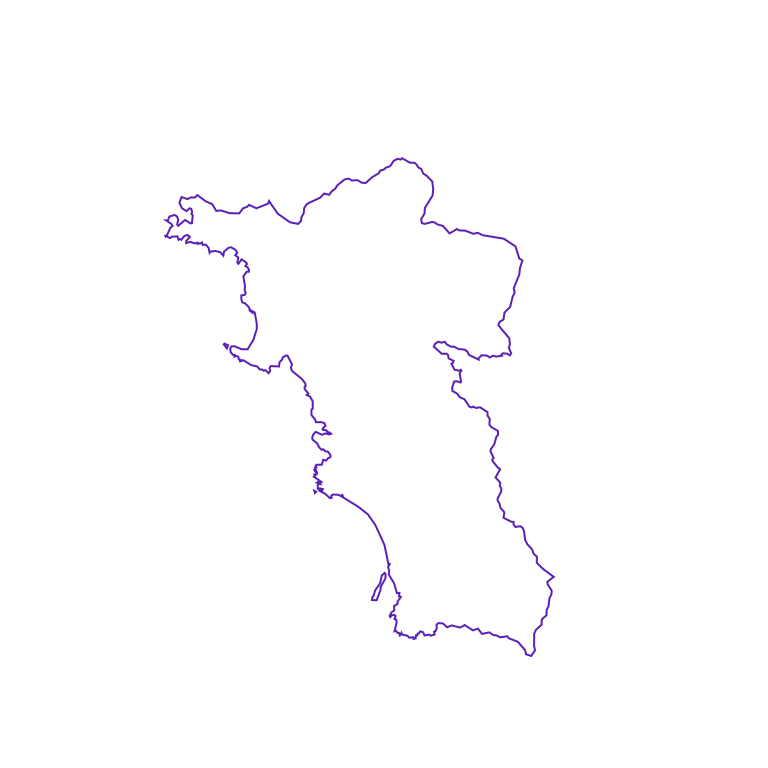 the district of Bolaang Mongondow Timur, Sulawesi Utara, Indonesia, rotated 123°
{"feature_id": "22746128B26195600949416", "entity_name": "Bolaang Mongondow Timur", "entity_type": "district", "adm_level": 2, "iso_a3": "IDN", "parent_name": "Indonesia", "parent_adm1": "Sulawesi Utara", "projection": "albers", "projection_center": [124.549, 0.712], "detail": "fine", "context": "isolated", "style": "outline", "palette": "violet", "viewbox_px": 768, "rotation_deg": 123, "n_neighbors": 0, "source": "geoboundaries", "source_scale": "gbopen_adm2", "svg_char_len": 6171}
<svg xmlns="http://www.w3.org/2000/svg" viewBox="0 0 768 768"><g transform="rotate(123 384 384)"><path d="M205.0,335.2L205.1,338.8L197.0,348.7L196.9,362.6L205.4,382.2L206.2,387.9L209.3,390.7L211.2,399.5L214.1,404.4L214.4,407.3L222.0,411.0L219.3,420.6L221.1,426.2L220.9,429.4L221.9,431.9L227.5,437.0L228.4,439.8L225.7,442.6L218.9,442.9L214.1,445.6L199.5,445.9L194.0,448.7L187.9,453.8L186.1,461.5L186.1,465.8L183.3,469.9L183.7,472.8L182.0,476.9L181.9,479.0L184.3,482.7L184.8,491.8L186.6,492.1L187.7,495.1L191.4,497.4L197.9,497.5L201.7,500.3L204.6,501.1L207.0,503.4L210.0,503.2L217.2,506.6L225.5,508.9L227.3,512.3L227.4,517.1L230.9,521.9L231.0,525.6L234.0,528.5L242.6,531.3L247.0,531.3L250.6,532.7L255.3,533.1L256.8,537.9L262.6,539.0L273.6,546.0L276.3,546.8L280.0,546.7L284.7,544.3L289.0,544.1L292.6,542.4L296.6,543.3L299.6,551.0L299.0,565.9L293.2,580.1L295.8,579.4L306.1,586.7L307.3,594.8L309.8,595.2L313.5,597.9L319.7,598.3L324.7,606.3L327.4,615.5L330.2,619.0L326.7,626.0L327.9,633.2L327.2,643.5L330.7,644.2L332.5,647.4L335.9,649.5L337.5,655.6L343.6,654.2L346.6,649.0L346.6,643.8L342.5,642.8L342.1,641.0L344.4,638.4L346.2,638.2L346.8,636.2L353.7,632.7L354.7,633.6L354.8,640.2L363.4,642.7L362.9,644.3L358.1,646.2L356.2,648.8L356.3,651.7L360.4,655.2L364.6,654.3L365.4,655.7L365.6,649.5L366.6,647.4L369.1,648.2L377.4,647.1L379.0,648.1L379.4,647.2L378.3,646.4L378.3,643.0L375.7,641.9L372.7,637.6L375.0,634.9L373.7,634.4L373.4,632.5L368.7,632.1L366.0,630.0L366.3,627.0L371.8,627.7L373.6,626.7L370.4,624.1L369.0,619.0L367.7,618.0L367.9,616.9L366.9,617.0L366.8,615.0L364.4,613.6L366.1,611.8L364.2,609.3L365.4,605.2L369.0,601.7L367.3,601.6L364.1,597.5L362.7,593.0L363.8,588.7L360.0,590.3L354.3,588.5L352.6,586.6L352.4,581.8L353.8,578.6L357.0,578.9L357.3,575.0L362.0,573.2L362.5,571.6L357.0,571.3L357.2,565.6L358.0,564.2L360.6,564.5L360.5,561.8L362.0,559.1L363.6,558.6L364.4,560.3L370.2,560.6L377.6,553.9L381.1,552.1L383.0,549.5L385.3,549.4L387.3,551.9L390.3,550.1L392.8,547.3L392.0,544.8L392.7,540.9L393.6,538.4L395.6,536.6L395.8,533.5L394.7,534.6L394.4,531.4L402.9,523.4L407.2,520.6L418.2,517.6L429.2,517.3L432.4,522.3L433.8,530.1L435.5,532.4L437.8,532.4L440.9,529.9L441.8,526.5L440.9,525.1L442.3,524.3L441.2,523.9L440.5,521.0L442.3,519.3L441.9,518.2L443.4,517.3L442.3,515.8L441.1,515.9L440.6,514.2L440.5,505.6L438.3,499.8L439.5,496.4L438.1,493.6L438.4,492.2L436.9,491.0L437.8,486.7L434.9,486.6L433.2,488.6L430.7,488.8L426.5,481.6L422.6,483.5L418.9,482.7L416.9,483.4L413.5,481.8L412.8,480.3L417.8,471.7L420.9,471.1L423.1,468.5L424.5,455.9L426.3,450.5L428.6,448.4L429.8,449.0L431.4,447.7L433.2,442.3L435.3,442.8L434.8,439.2L437.3,434.4L443.5,430.3L444.9,430.9L449.5,428.0L451.4,422.3L453.1,420.2L450.2,416.0L449.3,412.6L450.9,410.3L455.0,411.2L455.8,410.4L454.2,407.0L455.3,405.0L454.3,403.5L454.6,401.2L456.2,402.6L457.4,406.2L460.3,408.3L461.4,415.3L465.1,415.8L468.1,415.0L469.6,413.4L470.2,407.9L472.6,403.4L473.1,400.4L471.9,399.6L472.4,396.6L471.3,394.1L472.9,390.0L474.5,389.1L476.7,390.5L479.8,390.9L480.6,393.7L485.6,392.2L488.5,396.7L490.0,396.8L490.8,395.3L491.9,396.3L495.1,391.6L496.4,391.3L497.8,393.0L498.3,391.8L500.0,392.3L500.2,383.0L502.2,384.1L502.6,382.8L503.9,385.0L507.8,382.7L508.3,380.6L506.6,381.1L505.4,378.1L507.2,377.8L507.5,379.5L508.7,379.1L508.1,373.7L509.2,367.2L508.0,365.9L506.8,367.3L504.6,366.7L502.3,363.1L501.4,359.5L499.7,358.6L500.4,357.5L501.4,358.3L501.0,337.9L502.1,326.5L506.9,314.6L518.7,296.0L533.3,281.6L531.9,282.0L531.8,281.1L535.3,280.9L537.9,277.8L541.2,276.2L545.6,267.1L552.4,259.2L550.8,257.3L553.8,255.8L553.4,253.9L559.0,254.1L561.2,252.9L564.8,254.6L568.2,252.1L571.4,253.3L575.5,252.9L576.1,251.9L573.7,251.4L572.1,249.7L572.2,247.9L575.3,247.1L575.0,245.4L577.1,243.5L585.7,240.5L584.5,239.3L585.4,237.0L584.6,235.9L586.1,233.8L583.2,233.9L584.4,232.5L582.4,227.4L583.0,224.7L580.4,221.4L581.7,220.4L580.1,218.9L577.4,220.3L576.6,219.1L574.9,219.8L574.0,218.8L571.7,218.9L570.9,216.1L572.8,213.0L569.7,209.8L569.6,207.7L566.5,205.1L564.6,207.1L563.4,206.3L560.2,206.7L557.2,208.9L554.9,208.2L552.7,204.1L553.7,198.6L549.6,195.7L546.8,187.5L542.2,185.0L542.2,175.3L538.0,172.0L540.2,165.7L534.9,160.3L535.0,155.5L533.6,152.7L533.2,148.6L528.4,143.2L529.3,141.0L527.3,131.3L530.4,120.6L533.3,117.8L531.9,112.4L525.1,112.3L521.9,115.5L511.7,122.0L507.6,122.7L499.8,120.7L496.4,123.1L494.6,123.3L489.6,121.8L484.6,124.6L481.1,124.9L473.4,128.6L469.2,129.0L466.0,130.8L462.7,137.9L461.0,139.3L453.3,136.6L452.5,149.9L450.7,158.5L445.5,161.8L444.9,166.1L442.1,169.7L440.3,176.5L437.8,180.8L431.0,186.6L429.2,189.3L429.0,192.2L432.3,195.9L431.4,198.7L429.1,200.2L430.2,202.3L431.1,210.9L426.0,213.2L424.5,218.7L421.3,222.2L419.8,225.3L418.3,226.3L410.1,227.2L407.8,228.7L406.2,231.6L403.5,232.6L401.7,239.5L392.2,240.2L392.0,243.4L389.3,251.3L388.3,252.1L386.4,251.7L382.4,258.1L380.7,258.9L374.4,258.7L367.1,261.0L364.4,260.7L361.3,262.9L361.7,270.4L360.7,273.5L355.8,276.2L354.2,279.9L351.2,281.9L351.2,290.8L354.0,293.8L354.3,296.7L355.9,297.7L356.5,300.0L353.0,308.1L353.8,313.4L352.2,317.3L352.6,322.9L349.5,325.0L343.7,326.5L341.9,324.2L341.2,320.8L340.2,320.5L333.7,326.5L330.6,326.4L330.3,327.3L331.9,328.1L333.6,332.7L330.3,338.5L329.0,337.7L326.7,338.2L327.3,343.8L324.8,346.0L324.5,347.9L327.2,352.1L325.5,362.6L322.5,363.0L319.1,361.6L317.9,358.1L315.5,356.0L316.6,353.1L316.1,347.7L314.6,345.9L314.1,340.5L311.2,335.0L311.5,331.5L313.3,328.6L312.0,317.9L311.0,318.7L306.7,317.7L304.2,313.4L304.0,309.6L301.0,308.1L299.8,304.6L296.0,300.5L295.6,301.6L293.7,301.2L291.4,297.1L291.5,294.1L289.0,294.0L285.7,299.0L281.9,300.1L277.4,303.9L272.5,319.9L271.2,320.6L268.5,320.7L264.9,318.9L258.6,321.8L250.6,320.2L240.5,323.7L236.2,324.2L232.9,327.4L218.4,330.2L212.8,333.1L205.0,335.2ZM569.4,272.4L558.3,274.8L556.1,276.3L546.3,276.9L542.5,279.2L542.1,280.6L545.9,281.5L553.1,278.8L562.3,279.0L567.1,277.4L569.1,277.7L571.7,276.4L569.4,272.4ZM439.7,535.2L436.4,535.9L437.0,539.8L438.0,540.0L439.7,535.2ZM511.5,384.3L513.0,382.5L511.3,382.2L511.5,384.3ZM494.1,395.4L494.9,394.1L495.0,393.2L493.6,394.3L494.1,395.4ZM503.0,385.6L501.4,385.6L503.2,386.5L503.0,385.6Z" fill="none" stroke="#5b21b6" stroke-width="2"/></g></svg>